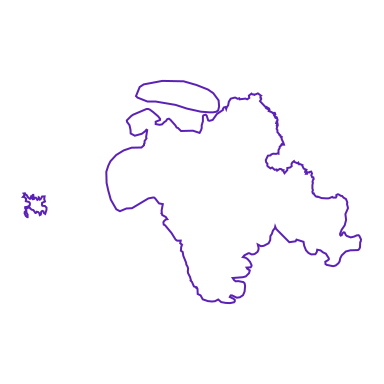 Bua, Northern, Fiji (Natural Earth projection)
{"feature_id": "14151628B59272471160482", "entity_name": "Bua", "entity_type": "district", "adm_level": 2, "iso_a3": "FJI", "parent_name": "Fiji", "parent_adm1": "Northern", "projection": "natural_earth1", "projection_center": [178.732, -16.793], "detail": "fine", "context": "isolated", "style": "outline", "palette": "violet", "viewbox_px": 384, "rotation_deg": 0, "n_neighbors": 0, "source": "geoboundaries", "source_scale": "gbopen_adm2", "svg_char_len": 6024}
<svg xmlns="http://www.w3.org/2000/svg" viewBox="0 0 384 384"><path d="M311.2,171.6L309.7,171.9L309.2,172.5L307.3,172.2L307.0,173.8L305.9,173.8L306.3,172.8L305.9,171.4L305.2,171.6L305.3,171.0L306.0,170.9L306.5,169.8L303.7,168.6L302.3,165.7L302.5,165.1L300.0,164.1L299.1,164.3L298.3,162.6L297.5,163.3L294.5,162.0L294.0,161.1L292.4,162.4L291.5,164.0L291.7,166.2L290.1,167.5L287.3,168.0L287.3,170.1L284.5,173.2L283.4,171.2L283.5,170.2L282.3,170.4L282.1,169.7L281.2,169.1L279.8,168.9L277.1,170.6L276.6,169.5L274.6,169.8L272.1,167.5L270.5,168.4L267.7,166.3L267.3,165.7L267.4,163.6L266.2,162.4L265.8,160.1L267.9,155.7L270.5,155.4L271.3,154.4L273.2,153.7L276.1,153.9L277.5,153.4L278.5,153.7L278.5,150.1L279.7,147.9L279.7,146.7L281.2,145.5L281.3,144.6L281.9,144.0L282.7,144.7L284.0,144.7L283.2,142.3L281.7,139.2L281.7,137.9L281.3,137.6L281.6,136.8L280.5,136.5L280.3,135.2L279.4,135.0L279.0,133.9L277.4,132.1L277.4,130.0L276.6,128.8L277.3,126.4L276.9,126.3L276.7,125.7L276.9,125.1L277.7,125.1L277.7,124.1L277.3,123.2L276.2,123.1L276.6,121.8L277.3,121.9L277.2,120.4L277.6,120.0L277.1,118.4L276.6,118.2L276.8,117.4L275.9,116.9L275.3,117.5L274.6,116.2L274.8,115.2L274.2,115.1L274.3,114.7L275.3,114.3L274.8,112.9L273.9,112.8L273.2,113.5L271.8,112.2L268.8,111.1L269.2,110.3L268.4,109.6L269.4,109.5L269.1,108.6L267.4,107.6L266.7,108.5L266.5,108.4L266.6,107.6L266.0,107.6L266.1,106.9L265.4,106.9L260.4,101.6L260.0,101.1L261.2,99.2L261.1,98.1L260.4,97.8L260.5,95.8L260.9,95.6L257.9,93.4L254.3,94.9L254.0,94.4L252.3,94.4L251.5,93.6L248.9,95.6L249.3,97.9L247.2,99.3L245.4,98.6L239.6,99.3L239.3,98.3L237.5,98.8L235.6,97.7L234.2,97.7L230.7,98.7L228.8,101.8L228.2,105.2L226.6,107.6L226.2,109.0L225.5,107.0L223.8,107.5L222.9,109.0L222.9,110.0L216.9,114.0L212.7,119.9L209.5,120.8L208.2,120.4L206.7,115.7L205.7,114.7L203.5,115.3L202.9,116.2L202.9,121.3L201.7,125.3L201.7,128.1L201.1,130.0L199.6,132.9L192.9,130.7L181.0,131.0L178.0,128.0L176.6,127.5L175.4,125.4L170.4,119.8L168.9,118.7L167.3,119.1L165.8,121.2L164.5,121.9L162.0,124.4L159.6,124.8L155.7,124.1L155.7,121.7L160.0,120.0L160.1,118.9L158.2,116.4L153.2,112.1L149.8,109.6L148.3,109.0L146.5,109.0L133.1,114.7L131.1,116.1L126.8,120.4L127.0,121.8L129.5,125.2L130.5,129.8L130.7,133.5L134.8,135.7L141.8,133.8L145.1,131.3L146.4,129.7L147.2,130.1L146.1,137.1L146.5,138.4L144.6,141.0L144.5,143.4L144.0,144.0L144.0,145.2L141.5,147.5L131.6,147.7L123.7,150.4L116.2,155.0L110.4,161.3L108.3,165.7L106.3,171.8L106.6,183.0L108.3,190.7L110.8,199.7L116.3,209.3L119.9,211.2L126.4,208.5L132.0,208.2L148.4,198.4L153.1,197.5L154.2,197.6L155.2,198.5L159.0,203.4L162.8,204.1L161.6,210.6L161.8,212.3L161.4,213.4L162.0,213.9L162.2,215.0L165.8,217.0L167.3,219.2L166.0,219.4L164.1,221.0L163.4,222.2L163.7,224.6L165.1,225.3L171.5,233.0L175.6,239.6L177.2,240.7L180.7,240.6L180.2,243.3L181.7,244.4L181.4,244.6L181.8,245.6L181.2,246.9L180.9,250.7L182.7,252.0L183.3,255.8L186.1,262.7L186.3,264.5L187.5,266.6L188.1,268.5L187.8,271.6L188.1,273.2L190.0,276.9L190.9,280.1L190.6,280.6L191.9,281.8L193.9,286.4L196.3,287.3L197.3,286.9L196.4,288.0L197.5,288.9L197.7,294.0L200.6,295.4L202.7,299.3L207.9,301.1L212.0,301.5L215.0,301.2L218.2,299.5L221.2,302.1L225.6,302.9L230.0,303.1L234.0,302.3L234.8,301.3L234.8,299.9L233.6,298.8L229.8,297.0L230.7,295.4L232.0,295.4L236.8,297.7L239.8,297.3L243.0,295.2L244.6,291.5L245.1,285.9L244.6,283.3L243.4,282.1L238.3,281.1L235.7,281.3L234.1,280.1L232.7,278.0L242.9,277.2L245.8,276.4L249.0,273.2L249.8,270.4L247.3,268.8L246.6,267.6L250.7,267.3L251.6,265.8L251.4,264.8L250.0,261.8L247.5,259.0L245.5,257.7L242.9,257.1L244.4,255.3L248.3,253.3L249.3,253.2L251.6,254.4L253.3,254.3L254.6,254.0L257.5,251.9L258.5,249.6L258.6,247.9L257.8,244.5L261.0,246.2L263.8,245.8L268.6,243.3L270.2,240.1L270.4,236.1L271.9,233.8L272.9,230.7L274.9,228.0L275.2,226.6L276.1,228.9L289.3,242.2L295.6,241.3L296.5,239.6L303.5,241.8L304.2,245.8L306.0,250.3L308.5,253.0L311.3,254.4L315.4,254.2L316.8,252.0L317.2,249.7L320.6,250.4L322.9,252.3L325.9,253.7L328.8,258.3L328.8,259.4L327.7,260.4L325.3,261.7L325.5,264.1L326.7,264.9L333.1,266.2L335.7,265.5L338.4,263.3L339.6,261.4L340.2,258.4L341.7,255.4L345.8,251.5L350.4,250.3L357.3,250.1L358.4,249.9L359.4,248.8L360.0,247.2L360.2,242.2L360.7,241.6L361.0,239.4L359.4,236.0L358.6,235.2L356.7,235.4L354.1,236.6L350.7,237.4L346.7,235.9L345.8,235.0L344.6,232.5L343.7,232.3L342.7,233.1L341.7,235.2L340.7,235.6L340.1,234.8L340.1,233.7L341.7,229.7L344.7,225.3L346.1,219.9L345.4,214.1L347.9,208.4L347.9,207.5L347.0,204.1L347.3,202.4L346.0,199.1L343.5,197.6L342.1,196.0L340.8,195.8L338.5,194.4L337.6,194.3L336.3,195.1L336.5,196.6L335.8,197.6L333.1,197.6L332.3,196.9L328.9,198.3L326.9,198.4L321.6,198.1L317.7,196.6L317.3,196.9L315.8,196.4L314.1,194.4L313.8,193.4L312.9,193.4L312.6,192.7L312.4,191.6L312.9,190.2L312.4,188.3L312.4,185.1L312.9,182.8L312.5,182.0L312.9,180.1L313.7,179.0L313.3,177.3L312.2,177.3L311.3,175.1L312.0,173.6L311.2,171.6ZM216.4,111.7L218.2,110.3L219.1,106.5L218.6,100.4L213.3,93.2L207.9,89.5L196.5,85.0L183.6,81.3L162.3,80.9L143.7,84.4L139.7,87.0L136.0,96.1L137.5,97.6L147.4,101.5L155.4,101.5L175.6,104.9L187.0,108.6L200.9,111.7L209.1,112.3L213.3,112.3L216.4,111.7ZM24.9,193.3L23.7,193.5L24.7,194.9L23.0,196.9L24.4,197.0L26.1,198.7L25.8,201.2L28.7,201.9L29.5,202.4L29.9,203.3L29.8,205.0L28.7,206.1L27.3,206.8L25.2,207.1L25.1,208.1L25.6,209.0L26.4,209.0L27.7,207.8L29.7,207.5L30.1,208.4L31.6,209.6L33.4,210.1L35.4,213.0L35.8,213.0L36.8,211.7L38.2,212.1L39.4,213.4L39.8,215.1L40.8,214.6L41.2,211.8L42.2,210.9L43.4,211.3L43.9,213.0L45.2,213.9L46.5,209.8L46.5,207.6L44.9,206.0L42.4,205.8L41.9,204.8L42.1,202.8L45.0,201.5L44.2,199.1L44.6,196.4L42.1,196.5L40.9,198.8L39.8,199.7L39.0,199.0L39.0,197.5L38.7,197.3L38.5,199.1L37.3,199.9L35.9,197.7L34.6,197.6L33.9,199.1L32.7,199.2L32.5,197.7L33.4,195.9L33.3,194.9L32.9,194.9L31.6,196.3L31.1,196.3L30.8,198.3L30.0,198.9L28.1,197.4L26.5,194.9L25.6,194.6L24.9,193.3ZM27.6,217.1L27.6,214.5L26.4,212.5L26.4,210.9L25.9,210.7L24.7,212.0L24.6,213.4L25.8,216.0L27.2,217.1L27.6,217.1Z" fill="none" stroke="#5b21b6" stroke-width="2"/></svg>